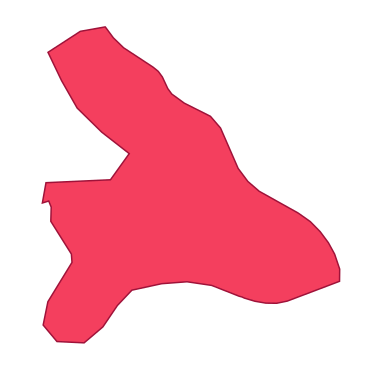 an SVG outline of Zəngilan, rotated 274°
{"feature_id": "AZE-1740", "entity_name": "Zəngilan", "entity_type": "District", "adm_level": 1, "iso_a3": "AZE", "parent_name": "Azerbaijan", "parent_adm1": "", "projection": "equal_earth", "projection_center": [46.619, 39.055], "detail": "fine", "context": "isolated", "style": "filled", "palette": "rose", "viewbox_px": 384, "rotation_deg": 274, "n_neighbors": 0, "source": "natural_earth", "source_scale": "10m", "svg_char_len": 785}
<svg xmlns="http://www.w3.org/2000/svg" viewBox="0 0 384 384"><g transform="rotate(274 192 192)"><path d="M113.4,77.2L121.7,76.0L152.9,53.2L167.1,52.6L173.0,49.7L170.6,43.5L191.1,45.7L198.5,109.8L225.9,126.7L245.3,97.9L267.7,71.6L294.0,54.1L321.3,38.6L344.5,69.4L350.6,93.7L350.6,94.0L340.3,102.8L331.1,113.7L313.8,144.5L310.0,149.9L304.7,154.4L293.5,160.6L288.3,165.0L280.1,178.1L268.8,205.1L257.8,216.0L218.7,236.4L206.4,247.0L197.4,259.0L178.4,299.4L170.7,312.1L161.3,322.7L150.9,331.6L140.0,338.6L125.4,344.7L113.2,345.4L89.8,294.6L86.9,284.2L86.3,273.4L87.4,262.4L89.8,251.7L90.8,249.1L91.3,246.3L100.2,218.1L102.1,193.3L98.4,168.1L89.9,138.9L73.6,125.5L51.2,112.5L34.0,94.9L33.4,67.7L48.9,52.8L72.5,55.9L113.4,77.2Z" fill="#f43f5e" stroke="#9f1239" stroke-width="1.5"/></g></svg>